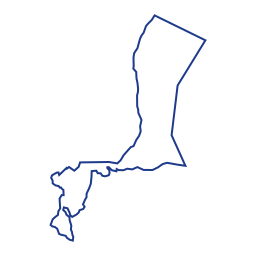 the district of Ellikkala, Karakalpakstan, Uzbekistan
{"feature_id": "79887680B22143596455299", "entity_name": "Ellikkala", "entity_type": "district", "adm_level": 2, "iso_a3": "UZB", "parent_name": "Uzbekistan", "parent_adm1": "Karakalpakstan", "projection": "orthographic", "projection_center": [61.178, 42.212], "detail": "fine", "context": "isolated", "style": "outline", "palette": "blue", "viewbox_px": 256, "rotation_deg": 0, "n_neighbors": 0, "source": "geoboundaries", "source_scale": "gbopen_adm2", "svg_char_len": 1607}
<svg xmlns="http://www.w3.org/2000/svg" viewBox="0 0 256 256"><path d="M137.9,92.3L137.1,95.1L137.1,98.0L137.2,106.3L138.2,109.7L138.3,112.7L141.5,120.0L140.1,126.4L140.7,131.3L139.0,136.0L136.3,139.9L133.6,146.0L130.7,147.2L123.7,155.1L120.6,160.3L117.3,163.4L108.9,162.0L80.1,162.4L78.6,166.9L74.3,170.7L69.0,167.0L66.9,168.6L66.5,168.0L59.2,175.0L58.5,172.5L56.8,172.6L54.4,173.9L51.9,175.5L51.2,177.9L52.6,180.6L52.7,183.4L55.5,185.4L58.7,186.1L59.8,187.6L61.0,187.5L61.7,188.6L63.4,190.0L63.6,195.1L61.7,195.1L59.6,198.6L59.8,202.9L60.2,208.4L58.4,211.2L57.9,215.0L55.1,217.1L52.7,219.3L50.6,224.9L52.1,226.3L54.9,227.0L57.2,228.7L59.1,233.9L61.0,234.7L65.7,235.8L67.0,237.9L69.6,239.7L72.8,240.6L73.3,236.8L72.6,235.5L71.8,231.5L70.9,229.7L71.3,225.6L69.7,220.4L69.5,217.2L66.5,214.7L65.4,212.0L63.2,210.0L63.9,207.4L67.5,208.3L69.6,212.7L70.1,215.0L72.2,216.9L76.7,214.4L78.8,212.4L79.5,210.2L83.2,209.0L84.6,206.8L83.0,204.4L85.3,199.2L86.5,197.4L86.6,193.6L89.1,188.4L90.8,183.7L91.5,176.8L91.7,171.1L96.3,170.7L97.7,173.2L100.6,173.3L102.4,175.8L105.3,176.3L108.8,175.2L109.6,173.0L109.2,170.0L107.5,168.4L107.3,167.3L108.7,167.1L111.8,170.2L116.4,171.3L116.7,169.1L118.7,170.1L123.5,170.2L127.2,168.7L132.2,169.4L137.4,167.1L143.5,169.9L152.5,170.0L157.9,167.4L162.6,164.1L167.1,162.8L177.2,164.6L185.4,165.8L171.6,135.2L177.6,85.5L205.4,40.3L154.6,15.4L151.8,19.9L148.0,23.7L146.0,26.1L143.6,32.8L141.6,35.4L140.1,38.6L138.8,43.1L137.5,48.1L134.2,53.1L133.5,57.6L133.7,66.5L133.3,68.6L136.2,71.9L136.5,78.3L137.5,83.1L138.1,88.9L137.9,92.3Z" fill="none" stroke="#1e3a8a" stroke-width="2"/></svg>